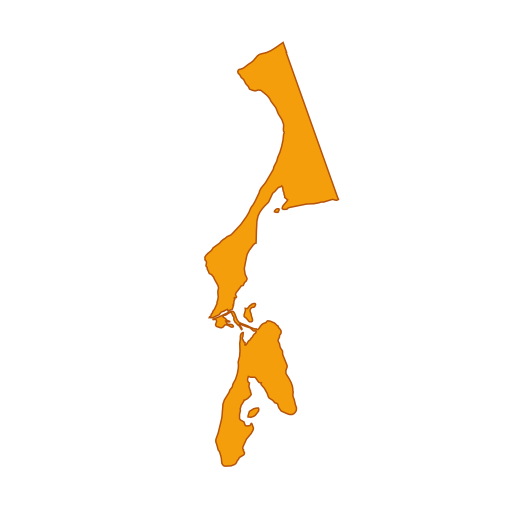 Queenscliffe, Australia, rotated 126°
{"feature_id": "25037944B23801424172448", "entity_name": "Queenscliffe", "entity_type": "district", "adm_level": 2, "iso_a3": "AUS", "parent_name": "Australia", "parent_adm1": "", "projection": "robinson", "projection_center": [144.661, -38.265], "detail": "fine", "context": "isolated", "style": "filled", "palette": "amber", "viewbox_px": 512, "rotation_deg": 126, "n_neighbors": 0, "source": "geoboundaries", "source_scale": "gbopen_adm2", "svg_char_len": 6163}
<svg xmlns="http://www.w3.org/2000/svg" viewBox="0 0 512 512"><g transform="rotate(126 256 256)"><path d="M67.3,359.6L75.4,362.4L81.2,364.7L85.4,367.2L90.0,371.1L91.3,371.9L93.3,372.5L99.9,373.0L102.8,373.8L104.9,374.7L111.3,376.6L113.3,377.8L115.1,379.4L116.2,379.6L117.6,379.1L118.6,377.9L119.0,375.5L120.3,372.8L120.4,370.5L120.8,369.1L122.6,365.6L123.4,361.9L124.8,359.3L124.0,356.2L123.1,354.0L122.5,353.3L120.5,351.9L119.1,349.4L119.5,342.2L119.9,339.9L120.6,337.6L122.1,334.6L124.4,327.1L127.9,321.5L130.5,315.1L133.1,311.3L134.5,310.1L137.2,308.5L138.8,307.1L139.2,306.1L139.6,305.7L141.9,304.9L146.3,302.3L152.4,299.6L158.1,297.6L163.0,296.5L167.4,294.9L173.2,294.0L175.9,292.9L191.0,291.4L198.3,291.8L201.3,291.3L203.1,290.6L212.3,288.9L216.9,288.4L218.3,288.6L221.0,288.3L224.6,287.4L229.3,286.9L239.4,286.8L252.4,288.4L254.0,288.8L257.2,290.7L259.7,291.3L261.9,292.2L264.5,292.8L267.1,293.0L274.5,295.5L277.7,295.3L282.2,296.5L284.8,296.8L287.0,296.7L288.3,295.5L289.1,295.1L289.3,293.6L290.0,292.5L291.1,291.8L293.4,290.7L293.7,290.1L293.9,288.8L295.2,287.8L296.6,285.1L297.3,284.2L297.6,283.3L297.1,281.0L297.6,279.8L297.8,278.3L299.2,275.9L302.2,269.5L303.3,268.1L304.1,267.4L306.5,266.4L308.4,265.1L311.2,262.6L313.2,261.5L316.0,260.5L317.7,259.5L323.5,258.3L325.9,258.4L327.2,257.9L329.5,257.9L331.3,257.2L332.4,257.8L333.4,257.6L331.5,254.9L325.3,251.4L321.9,251.2L319.2,249.4L319.0,249.5L316.0,247.7L316.9,246.3L313.0,243.9L308.9,245.3L309.0,245.8L307.4,246.1L305.3,247.4L303.7,247.7L303.2,247.9L303.0,248.7L302.7,249.0L302.2,248.9L301.6,247.7L300.8,247.6L300.4,247.8L299.5,249.7L298.4,250.3L296.8,250.5L291.7,250.3L289.4,250.4L288.6,250.1L287.3,249.0L284.4,249.7L282.0,249.2L280.5,249.5L279.5,250.0L279.1,250.6L277.2,254.0L273.3,257.9L271.8,258.7L261.7,263.4L259.5,264.2L255.5,264.8L248.6,264.7L246.8,264.4L245.5,263.5L235.9,270.1L227.2,275.8L222.3,277.9L217.9,278.7L214.1,278.7L210.5,278.4L205.1,277.5L195.5,279.4L192.6,278.7L188.4,278.3L187.3,278.1L185.4,276.7L184.2,276.4L184.5,275.8L184.7,274.9L187.4,272.3L188.3,270.7L189.9,269.3L190.5,268.1L191.8,267.2L192.0,263.3L194.7,263.3L199.3,263.7L200.9,263.4L202.3,262.7L202.3,261.4L200.5,259.0L199.7,258.4L198.4,258.3L197.5,257.8L184.3,245.7L179.6,239.8L176.1,236.5L174.1,235.0L172.5,232.9L165.2,227.4L163.8,223.8L162.5,222.8L161.6,222.6L160.8,224.2L87.4,331.2L73.7,351.1L73.3,350.9L67.3,359.6ZM315.9,243.8L318.3,245.4L327.5,250.4L332.2,253.5L332.6,253.5L332.7,253.2L331.1,251.7L331.0,251.3L331.2,250.4L332.1,249.4L335.2,248.4L335.8,247.8L336.2,246.6L335.1,243.0L334.4,241.7L332.7,240.8L330.5,240.7L329.7,240.4L329.4,239.9L328.6,238.2L328.1,234.2L327.6,233.5L326.8,232.8L326.3,232.9L325.8,233.5L325.6,234.9L326.0,236.0L327.5,238.1L327.8,239.6L326.5,242.3L325.9,241.6L325.8,240.1L325.2,239.0L324.6,238.6L324.3,238.9L325.0,241.1L324.9,242.6L324.5,244.0L324.7,246.7L324.6,247.0L323.9,247.4L322.7,246.9L321.5,245.7L317.3,244.1L316.4,243.3L316.4,242.2L318.1,239.5L318.4,238.1L320.6,236.4L321.6,234.5L321.9,233.7L321.9,232.4L322.4,230.6L322.5,228.0L324.1,224.5L323.8,224.3L323.4,224.3L322.8,225.0L321.5,228.5L320.9,229.3L320.6,229.1L319.0,222.8L317.6,218.5L318.1,214.3L317.9,213.5L316.8,212.4L316.7,211.9L317.0,211.3L318.7,211.1L320.2,211.5L321.7,211.6L324.0,211.3L325.1,211.6L327.5,211.5L329.2,212.1L333.5,211.8L334.3,212.2L334.5,212.6L332.5,213.9L332.6,215.2L332.2,216.1L331.6,216.7L331.3,218.2L330.6,218.7L328.4,219.5L325.4,221.3L325.5,221.6L326.7,222.2L328.1,222.3L330.0,221.6L332.5,219.8L336.1,217.9L342.3,213.1L346.8,210.3L352.3,208.1L354.7,206.0L357.3,204.3L362.3,201.9L367.7,200.1L373.1,199.4L376.1,198.2L379.6,198.4L382.4,197.6L391.0,197.0L395.2,195.7L406.0,189.1L408.2,188.0L421.3,182.6L427.8,180.7L429.0,180.0L430.2,179.0L431.3,177.3L435.2,172.5L435.8,170.4L438.8,166.5L440.2,165.0L443.7,161.9L444.4,160.5L444.7,158.8L444.2,157.5L440.4,152.8L437.3,150.8L435.9,150.4L434.4,150.4L433.2,150.8L430.7,150.7L428.8,151.0L424.0,149.0L423.0,149.1L421.8,149.8L421.0,151.8L420.1,152.1L419.7,153.5L418.1,154.4L409.7,156.1L402.4,155.6L398.4,156.1L396.7,156.9L394.2,160.6L394.0,161.2L394.4,161.5L395.7,161.2L396.8,161.4L398.1,162.5L399.2,164.1L399.3,164.8L399.0,165.8L397.3,168.2L397.8,172.2L397.4,173.5L397.0,173.9L393.9,176.2L390.3,177.7L389.1,178.9L385.4,180.2L380.7,180.5L379.5,180.9L379.3,180.4L376.1,178.9L374.5,178.8L373.8,178.5L371.0,178.4L369.7,179.7L369.5,180.4L368.5,181.0L368.1,181.9L365.6,185.2L362.6,186.6L362.6,188.1L361.4,189.9L360.0,190.7L357.9,191.4L357.2,189.0L355.0,186.0L354.7,185.0L356.3,180.3L356.5,179.0L356.0,177.7L355.5,177.2L356.5,176.8L357.0,176.2L358.0,171.9L358.6,170.4L360.7,166.0L362.7,163.2L363.2,161.9L362.9,157.6L363.7,154.6L363.0,152.5L363.0,151.6L365.4,148.3L366.6,144.5L365.6,139.5L364.8,136.4L364.4,135.5L363.0,133.6L361.4,132.7L359.7,132.4L357.5,132.5L355.1,133.9L353.0,136.9L349.7,140.7L348.0,143.3L346.7,144.5L344.0,146.1L343.3,147.0L341.4,148.5L339.9,150.1L337.8,153.1L335.9,156.9L333.5,162.7L330.9,164.6L327.4,165.6L326.2,166.6L320.1,176.4L317.3,178.7L316.1,181.9L315.0,183.6L313.2,185.4L311.9,188.0L311.1,188.6L310.1,189.0L308.2,189.2L306.2,190.3L304.0,190.3L302.1,191.4L301.3,192.7L300.6,195.6L299.7,197.1L299.8,198.7L299.4,200.7L299.4,202.1L300.3,206.0L301.4,208.3L302.1,208.7L304.1,208.9L306.5,210.5L308.0,211.0L310.4,211.2L312.7,211.0L314.5,211.3L314.9,212.1L314.7,212.8L315.7,214.1L316.2,215.5L317.1,219.2L317.4,221.8L319.3,228.5L319.6,231.0L319.0,233.0L318.1,234.8L315.5,238.7L314.6,240.4L314.3,241.7L314.5,242.4L315.9,243.8ZM312.0,227.4L313.0,223.4L313.0,222.6L312.2,221.3L311.2,220.7L310.2,220.9L309.5,221.4L307.0,224.7L305.6,226.1L304.2,228.3L303.6,228.8L302.3,229.3L300.9,229.3L300.0,229.0L298.6,227.5L297.5,227.3L295.6,227.7L295.1,228.3L295.0,228.7L295.5,229.7L297.4,231.1L298.6,231.3L299.8,231.9L303.1,232.0L303.8,232.3L304.7,234.0L306.0,232.7L310.5,231.1L311.8,230.2L312.0,229.4L312.0,227.4ZM381.1,168.2L385.6,170.0L390.0,168.5L390.9,167.9L389.5,165.3L386.9,163.5L385.0,162.9L380.0,162.8L378.8,163.3L377.9,164.1L377.6,164.8L379.1,166.6L381.1,168.2ZM205.3,266.6L206.4,267.2L207.4,267.4L208.7,267.5L209.4,267.1L209.0,265.6L207.8,263.9L205.5,264.2L204.5,264.8L204.5,265.5L205.3,266.6Z" fill="#f59e0b" stroke="#b45309" stroke-width="1.5"/></g></svg>